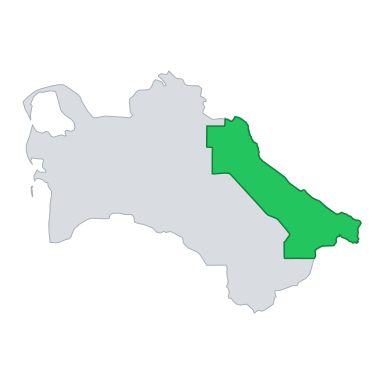 where Chardzhou sits in Turkmenistan
{"feature_id": "TKM-359", "entity_name": "Chardzhou", "entity_type": "Province", "adm_level": 1, "iso_a3": "TKM", "parent_name": "Turkmenistan", "parent_adm1": "", "projection": "equal_earth", "projection_center": [63.989, 39.075], "detail": "fine", "context": "in_parent", "style": "filled", "palette": "green", "viewbox_px": 384, "rotation_deg": 0, "n_neighbors": 0, "source": "natural_earth", "source_scale": "10m", "svg_char_len": 6439}
<svg xmlns="http://www.w3.org/2000/svg" viewBox="0 0 384 384"><path d="M105.3,116.1L124.2,117.2L130.0,117.9L132.5,115.2L132.4,114.5L131.6,114.0L130.2,112.1L129.4,99.4L131.1,97.6L133.0,96.3L135.9,92.4L137.4,91.1L139.6,90.1L146.8,89.9L149.9,89.1L152.6,84.6L153.2,82.0L155.3,79.9L156.4,79.9L161.2,81.7L162.3,82.6L163.8,85.9L165.6,85.7L165.9,85.2L165.7,84.4L164.4,82.4L161.5,78.7L158.5,76.3L158.3,75.5L160.9,73.7L166.0,74.5L167.4,73.9L168.8,70.9L175.4,77.6L176.7,78.3L182.0,79.1L183.0,80.1L184.7,83.9L186.5,85.0L188.8,85.7L198.4,85.8L201.4,88.4L201.9,89.1L201.2,90.9L201.0,94.4L200.2,95.8L200.7,96.4L204.1,97.9L206.1,100.1L206.2,101.1L205.7,101.7L204.1,101.4L203.2,102.5L203.2,104.3L204.3,106.0L204.6,107.6L202.9,111.3L202.8,112.8L203.4,113.7L212.0,119.2L213.4,119.4L221.8,118.4L223.4,119.0L230.7,120.2L232.8,120.1L234.2,118.3L235.6,117.6L236.8,117.5L240.4,118.7L244.0,121.0L246.5,123.2L247.7,125.2L250.9,136.1L253.1,140.6L255.7,142.9L257.6,147.1L259.1,156.5L260.1,158.4L264.1,162.1L284.6,177.3L290.8,184.2L300.5,190.8L304.0,190.1L311.6,197.1L316.4,199.8L322.7,204.0L335.7,213.7L338.6,214.1L341.7,212.7L344.5,213.5L349.4,216.0L354.7,219.7L359.2,221.0L360.5,222.6L360.6,223.5L358.1,228.2L357.8,234.2L358.2,242.3L356.9,242.4L348.0,240.1L339.6,235.2L337.6,236.8L336.6,238.4L334.6,245.4L323.2,245.8L316.5,249.3L310.4,272.1L309.1,274.9L305.4,278.6L298.8,282.3L297.8,283.8L297.6,285.2L296.8,285.6L293.2,285.6L279.3,290.6L276.3,290.6L275.1,291.0L274.6,291.9L276.1,296.5L274.8,297.8L274.0,300.1L273.3,304.1L264.1,310.3L262.2,311.1L258.6,310.5L256.7,311.1L254.7,313.1L253.8,312.5L253.4,310.5L252.4,309.2L246.8,304.2L240.2,305.0L237.8,304.5L235.9,303.7L232.9,300.8L231.1,298.1L229.0,298.4L228.5,297.1L228.4,295.6L229.0,293.8L228.9,290.3L227.7,287.8L226.5,286.8L228.0,282.8L228.0,279.8L227.1,276.6L226.8,271.9L227.1,267.4L225.9,265.1L206.8,265.3L200.1,254.7L197.4,252.2L188.0,247.8L185.5,245.4L183.4,242.8L182.9,239.2L181.9,237.1L180.4,236.7L173.1,232.6L170.1,231.5L166.1,232.5L163.7,231.3L160.8,232.9L159.6,233.0L156.6,232.1L153.0,228.3L149.9,226.8L143.4,224.4L138.8,223.6L134.8,222.2L134.3,221.6L134.3,218.4L133.8,217.1L132.7,215.6L131.1,214.4L124.1,214.5L121.0,213.3L118.4,213.1L112.8,213.3L111.0,214.2L109.9,215.2L109.2,218.3L108.6,218.7L103.2,218.8L91.7,218.1L86.8,219.7L79.2,224.4L74.8,228.4L73.5,230.2L70.7,237.3L69.5,238.4L68.0,239.2L66.5,239.3L59.6,242.1L56.9,242.8L50.1,242.4L49.0,231.9L48.8,223.6L50.0,212.2L50.0,204.8L51.7,193.7L51.4,191.0L48.1,186.1L47.8,182.7L45.7,182.5L42.4,179.6L39.1,178.5L37.4,178.4L35.9,179.3L34.6,180.9L34.0,178.3L34.1,175.6L37.1,170.0L38.7,171.6L40.7,172.3L45.9,172.0L45.5,170.0L42.9,168.1L42.5,165.6L42.8,163.0L43.6,160.5L42.9,159.5L41.7,158.9L38.9,158.9L31.7,158.0L30.7,160.9L32.6,164.7L29.5,160.4L27.5,155.9L26.3,150.7L26.3,145.0L29.6,136.0L32.5,125.0L35.0,129.6L36.9,131.6L41.3,133.0L43.5,132.7L45.9,131.5L48.2,131.9L51.5,136.6L54.0,137.2L59.3,135.3L61.8,134.9L63.9,135.8L66.2,135.8L65.3,133.5L65.0,131.3L66.4,130.2L70.5,131.4L73.8,130.1L74.4,129.6L74.8,127.7L74.5,123.9L73.8,122.3L72.1,120.1L65.0,114.8L62.6,112.7L60.7,109.9L57.9,99.1L55.7,92.2L54.7,91.3L50.5,90.8L42.4,92.4L39.5,92.1L38.1,92.8L34.7,95.7L33.0,98.2L30.6,103.9L32.1,105.8L30.3,115.5L30.8,119.6L30.5,119.9L28.3,114.7L25.3,109.6L23.0,101.8L28.2,96.7L32.5,93.1L37.0,90.4L41.7,88.6L52.2,85.8L58.0,84.8L62.6,84.6L66.1,86.3L75.4,92.6L79.4,96.1L80.5,97.5L81.5,100.9L88.1,111.8L89.7,113.4L92.3,116.9L94.9,117.9L105.3,116.1ZM32.8,195.6L32.5,197.1L31.4,192.6L31.0,187.7L31.9,186.3L32.8,186.3L31.8,188.1L32.8,195.6Z" fill="#d9dde1" stroke="#a8b0b8" stroke-width="1"/><path d="M349.7,241.4L349.4,241.4L348.9,241.1L348.5,240.7L347.8,239.7L347.3,239.3L341.8,237.1L341.4,236.8L341.2,236.6L341.0,236.3L340.6,235.3L340.4,235.2L339.9,235.0L339.5,234.9L339.5,235.3L339.3,236.2L339.0,236.5L338.0,236.4L337.6,236.5L337.3,236.7L337.0,237.1L336.8,237.6L336.5,238.2L336.2,238.9L336.1,239.6L336.3,241.0L336.4,241.7L336.2,242.4L335.9,242.8L335.2,243.6L334.1,245.2L333.3,245.7L332.9,245.7L322.5,246.0L320.7,246.6L316.3,249.2L315.6,249.7L315.1,250.5L315.0,251.8L315.5,254.3L315.6,255.5L315.3,256.6L314.4,258.4L308.7,258.4L303.7,258.4L296.9,258.3L291.0,258.4L285.2,258.4L284.5,258.2L284.3,257.3L284.1,242.4L285.0,241.5L285.5,241.1L286.4,239.5L289.7,235.0L289.4,233.6L286.2,229.4L277.8,219.4L276.2,218.4L270.6,216.1L268.1,215.1L265.9,213.1L258.2,204.5L238.5,183.0L234.0,178.1L230.4,174.3L229.5,173.4L224.7,173.0L213.6,173.9L212.5,173.8L212.3,173.6L212.3,167.8L212.3,157.6L212.4,148.1L212.3,147.7L212.2,147.4L211.9,147.3L207.1,147.1L206.8,147.0L206.7,146.8L206.7,146.5L206.9,126.1L207.1,126.1L224.4,126.1L224.7,125.5L224.9,125.0L225.1,119.6L225.1,119.0L225.2,118.7L225.3,118.8L225.4,119.1L225.5,119.4L226.9,119.1L227.4,119.2L229.8,120.9L230.7,121.3L231.7,121.2L232.5,120.8L233.2,120.1L233.6,119.1L234.2,118.8L234.5,117.7L234.8,117.0L235.3,116.8L236.2,116.9L238.5,117.5L240.6,118.4L245.9,122.3L246.3,122.8L248.1,125.7L248.3,126.2L248.3,126.8L248.4,129.0L248.5,129.5L248.3,129.7L248.6,130.4L249.3,133.0L249.6,134.4L249.7,135.1L250.0,135.5L250.8,136.4L251.1,136.8L251.5,138.7L251.8,139.4L252.7,140.6L252.9,140.9L253.1,141.6L253.2,141.9L253.7,142.3L254.9,142.6L256.8,143.8L257.1,144.0L257.1,145.4L257.3,146.0L257.9,147.2L258.1,147.8L258.2,148.4L258.2,149.2L258.3,149.9L259.0,151.5L259.1,152.2L258.9,152.7L258.7,153.3L258.6,154.0L258.7,154.7L259.1,156.5L259.3,157.3L261.1,159.5L261.3,159.7L262.7,161.1L265.5,163.1L268.8,165.5L272.7,168.3L280.6,174.1L283.9,176.5L285.5,178.0L288.1,181.7L289.5,183.3L292.2,185.2L295.6,187.7L299.5,190.6L300.2,190.9L300.9,191.1L301.5,190.9L303.4,190.0L304.1,189.9L304.7,190.3L305.4,191.2L306.8,193.1L311.9,197.5L315.0,199.3L318.6,200.6L320.3,201.7L323.5,204.7L325.8,206.9L329.1,209.2L331.5,210.9L335.5,213.7L337.2,214.3L338.8,214.1L339.5,213.8L340.6,212.8L341.3,212.5L342.1,212.6L344.6,213.8L346.2,214.1L346.9,214.4L348.4,215.7L350.0,216.2L350.8,216.5L351.5,217.2L352.7,218.7L355.1,219.9L355.9,220.2L357.8,220.2L358.7,220.4L359.6,220.9L360.4,221.5L360.7,222.4L361.0,223.0L360.1,224.9L358.8,226.7L357.9,228.3L357.8,229.6L358.1,232.1L358.0,233.4L357.5,235.5L357.4,236.7L357.7,237.6L358.2,238.0L358.6,238.5L358.7,239.0L358.3,239.6L357.9,240.1L357.5,240.7L357.5,241.3L358.1,241.8L357.7,242.0L357.3,242.4L356.9,242.9L356.7,243.1L356.4,243.1L356.1,242.9L355.8,242.4L355.5,242.2L354.9,242.3L353.3,242.9L352.6,242.8L352.1,242.4L351.7,242.0L351.5,241.9L351.3,241.8L351.1,241.7L350.7,241.4L349.7,241.4Z" fill="#22c55e" stroke="#15803d" stroke-width="1.5"/></svg>